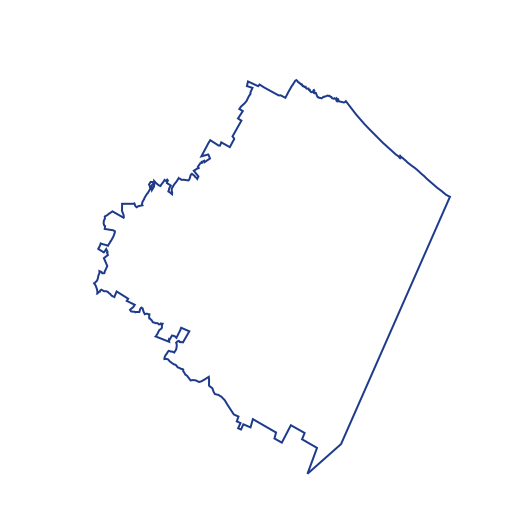 Tizimín, Yucatán, Mexico (Equal Earth projection), rotated 24°
{"feature_id": "50627088B55202518937979", "entity_name": "Tizimín", "entity_type": "district", "adm_level": 2, "iso_a3": "MEX", "parent_name": "Mexico", "parent_adm1": "Yucatán", "projection": "equal_earth", "projection_center": [-87.983, 21.249], "detail": "fine", "context": "isolated", "style": "outline", "palette": "blue", "viewbox_px": 512, "rotation_deg": 24, "n_neighbors": 0, "source": "geoboundaries", "source_scale": "gbopen_adm2", "svg_char_len": 5998}
<svg xmlns="http://www.w3.org/2000/svg" viewBox="0 0 512 512"><g transform="rotate(24 256 256)"><path d="M409.1,123.0L406.2,122.9L404.3,122.7L401.1,121.7L400.9,121.8L400.2,121.4L393.9,120.0L380.7,116.0L376.8,114.5L373.9,113.7L368.0,111.7L363.9,110.6L363.3,110.6L357.0,109.1L353.3,107.8L351.0,107.2L350.5,106.9L348.8,106.5L348.7,106.8L347.0,105.9L347.0,107.2L347.8,107.5L347.8,108.0L346.7,107.8L346.6,108.2L346.5,107.5L346.7,107.2L346.8,107.0L346.4,106.9L346.3,107.1L342.5,106.4L325.7,100.9L308.6,94.3L301.7,91.5L289.9,86.0L275.1,78.0L274.7,79.2L273.9,80.0L269.7,80.8L268.1,80.9L267.5,79.7L266.7,79.4L266.6,79.7L266.8,79.6L266.9,79.9L266.9,79.7L267.2,79.6L267.4,80.4L267.7,80.4L267.6,80.8L267.8,80.8L267.8,81.1L268.1,81.2L267.8,81.6L267.4,81.7L266.6,81.6L266.1,81.0L266.0,80.4L266.4,80.1L266.4,79.8L265.9,80.0L265.7,79.8L265.7,80.1L265.6,79.8L265.2,79.7L264.6,80.1L263.8,79.9L263.7,80.3L263.1,80.7L262.2,80.7L261.5,80.9L260.8,80.7L260.1,80.0L259.1,80.2L258.1,79.8L257.9,80.1L256.2,80.3L253.7,82.8L252.8,83.1L252.5,84.1L251.7,85.3L250.2,85.5L249.9,85.7L249.6,85.6L248.7,85.8L248.3,85.6L248.0,85.8L247.1,85.4L244.4,82.7L243.6,82.9L243.1,83.6L242.6,83.5L242.0,83.0L241.7,82.3L241.6,81.7L242.0,81.3L241.4,80.8L241.2,81.0L241.3,81.8L241.0,82.9L240.3,83.7L239.4,83.8L238.6,83.5L237.9,82.7L237.6,82.7L237.3,82.1L237.1,82.0L237.3,82.2L237.6,82.8L237.0,82.8L235.9,81.7L235.5,82.1L235.1,82.2L234.9,82.1L234.3,82.5L233.9,82.5L233.1,82.0L232.9,81.8L232.6,81.4L232.4,81.7L231.7,81.9L231.2,81.6L230.6,81.8L230.2,81.4L229.6,81.7L229.0,81.6L228.5,80.8L228.3,80.9L227.8,80.5L227.6,80.5L227.3,80.9L226.9,80.9L226.1,80.4L225.5,80.4L225.1,80.1L224.8,80.2L224.5,80.0L224.0,80.1L223.3,79.8L222.5,79.2L222.0,79.2L221.4,78.9L220.6,79.8L219.8,85.3L219.6,85.7L218.9,92.8L218.5,99.5L213.0,99.2L211.4,100.1L194.6,98.7L189.5,97.9L188.9,100.0L177.7,99.8L178.6,104.5L184.4,103.8L184.4,109.0L185.0,110.0L185.0,110.8L184.7,111.3L184.7,112.1L184.5,112.7L184.3,118.3L183.5,121.1L181.5,125.7L181.0,128.5L185.0,129.0L183.6,137.7L187.6,138.3L185.9,156.3L188.0,157.4L188.5,158.0L187.8,167.2L178.0,166.3L178.2,167.8L178.1,169.9L176.8,170.3L167.1,168.8L166.6,172.2L165.6,187.2L171.0,182.7L171.8,183.2L174.3,185.6L170.8,191.3L169.9,190.1L169.0,191.3L168.1,192.0L168.7,192.9L167.4,193.9L166.6,198.0L167.9,198.9L167.1,199.9L166.6,200.1L166.1,201.1L164.5,203.4L171.0,206.7L171.0,209.5L169.7,208.8L168.0,208.4L167.3,207.8L164.0,207.0L163.5,208.0L163.5,209.8L163.8,211.1L163.9,213.0L163.9,213.7L163.4,214.5L158.8,215.8L157.3,216.6L156.9,216.7L155.4,216.3L154.2,216.6L153.7,216.3L153.2,219.9L152.1,224.1L151.7,228.2L151.8,229.1L152.1,230.0L153.9,232.7L154.2,233.7L151.5,232.9L149.7,232.7L149.5,230.9L149.2,229.9L149.5,226.3L144.9,225.6L144.7,224.6L144.8,222.9L143.8,222.4L143.5,224.1L141.5,223.7L141.4,225.3L140.4,229.5L140.3,230.9L138.9,231.0L137.7,230.8L135.0,230.0L132.5,228.9L133.5,231.1L133.5,231.8L134.1,232.2L134.0,232.9L134.6,234.1L134.1,238.1L133.3,236.9L132.1,234.0L132.2,233.2L132.7,232.1L132.4,230.2L129.6,231.2L129.2,234.2L130.8,235.5L131.3,236.6L131.6,236.8L131.7,236.6L132.4,237.0L132.0,238.2L131.6,242.2L131.5,242.9L131.2,243.2L130.8,245.9L130.5,249.0L130.7,249.7L130.5,250.5L130.3,252.9L130.6,254.6L131.2,255.6L131.6,255.9L128.3,258.3L127.2,260.0L125.5,259.5L123.5,257.4L122.7,258.2L112.4,262.8L112.9,263.7L115.1,269.1L118.4,272.5L119.6,274.6L119.5,274.9L106.7,273.6L106.5,274.0L104.2,277.7L103.4,279.3L101.8,281.4L102.7,283.2L102.8,284.2L102.6,285.4L103.5,288.1L104.6,289.6L105.9,290.0L106.8,292.8L115.1,290.6L116.7,290.7L117.0,290.8L117.3,291.2L117.6,293.2L117.8,296.1L117.4,301.1L117.3,301.6L117.1,301.7L117.0,303.9L116.6,305.8L116.6,306.9L114.2,307.0L111.7,307.5L109.0,307.7L109.2,309.0L109.2,311.0L109.0,313.2L109.0,313.7L115.5,314.6L116.1,312.3L116.3,310.6L118.8,312.7L118.5,313.5L120.3,315.3L117.9,319.8L124.2,325.6L124.2,330.3L124.0,331.2L124.3,332.2L124.4,333.4L122.7,334.3L122.1,334.1L121.5,333.5L119.1,333.5L119.9,335.1L119.9,337.2L120.7,341.4L120.8,343.2L119.6,346.3L119.2,346.8L121.4,348.1L124.4,351.2L126.0,353.8L126.2,354.9L126.5,354.7L126.8,352.9L127.9,352.1L127.7,351.1L128.0,350.3L128.4,349.7L131.6,350.0L132.5,349.5L134.0,349.0L135.7,349.2L136.1,349.5L138.3,350.0L138.9,350.4L140.6,351.0L141.5,351.1L142.7,351.0L143.3,351.1L143.1,345.1L156.6,347.0L156.2,349.6L165.1,349.9L164.7,352.5L163.2,355.5L162.8,356.4L164.3,357.4L165.7,357.1L167.9,356.3L168.9,356.4L169.1,356.0L172.2,354.6L171.8,351.5L172.1,350.1L172.4,349.7L173.7,350.0L175.9,352.6L178.1,354.4L179.1,353.5L180.0,353.0L181.2,353.0L182.3,352.6L183.2,355.3L184.0,356.5L185.0,356.4L186.4,357.1L187.0,357.2L188.6,358.5L190.2,358.2L191.7,358.2L192.6,357.7L193.6,357.4L195.2,358.0L196.1,357.4L196.4,356.4L198.2,355.9L198.2,357.5L198.5,358.2L199.1,359.4L199.2,360.1L199.0,360.9L197.8,363.1L197.6,365.9L197.7,366.8L197.3,368.8L197.4,369.6L197.1,370.3L211.6,369.7L210.5,368.0L210.4,367.4L211.1,367.6L211.6,362.8L213.7,362.4L214.7,362.4L216.6,363.1L217.0,354.2L216.8,352.9L216.8,352.0L225.7,351.9L224.4,364.6L223.5,364.7L222.6,365.3L222.0,365.2L221.6,365.6L221.3,365.6L220.1,364.9L219.0,365.9L218.3,367.7L219.0,368.3L219.5,369.0L220.2,370.5L220.6,372.0L220.9,372.6L221.0,374.6L220.6,376.8L220.6,377.4L218.4,377.4L217.2,377.9L214.9,378.1L214.4,379.6L214.2,381.7L213.8,382.9L213.7,383.8L213.8,386.3L214.3,387.4L216.1,386.4L217.7,386.2L219.9,387.3L222.5,387.9L225.2,388.4L226.7,388.1L228.2,388.6L228.5,389.0L230.0,389.6L231.2,389.4L234.0,389.6L234.8,389.2L235.6,389.3L236.1,390.0L236.4,390.9L237.9,391.7L239.6,393.1L240.7,393.2L241.8,393.5L246.9,396.3L248.2,395.3L250.5,394.4L252.1,394.1L255.2,394.3L257.1,392.7L259.0,390.1L262.0,385.6L263.3,387.8L265.8,393.5L266.8,393.9L269.8,394.5L272.5,397.3L274.5,398.8L276.7,398.5L278.3,398.1L279.8,398.5L281.2,398.5L286.2,400.5L289.8,403.1L300.2,409.8L305.3,409.8L305.7,414.9L309.8,414.9L309.7,420.6L312.9,420.6L312.9,414.9L320.7,414.8L319.5,406.3L346.1,409.1L347.1,415.2L355.5,416.0L356.7,396.4L372.4,397.9L372.6,404.7L389.8,406.5L391.6,434.0L410.2,393.2L409.1,123.0Z" fill="none" stroke="#1e3a8a" stroke-width="2"/></g></svg>